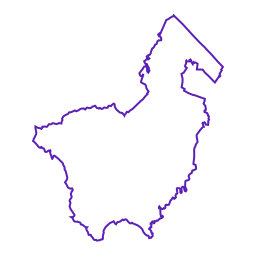 the district of Phong Dien, Thừa Thiên - Huế, Vietnam
{"feature_id": "81297802B35670860897871", "entity_name": "Phong Dien", "entity_type": "district", "adm_level": 2, "iso_a3": "VNM", "parent_name": "Vietnam", "parent_adm1": "Thừa Thiên - Huế", "projection": "equal_earth", "projection_center": [107.309, 16.544], "detail": "fine", "context": "isolated", "style": "outline", "palette": "violet", "viewbox_px": 256, "rotation_deg": 0, "n_neighbors": 0, "source": "geoboundaries", "source_scale": "gbopen_adm2", "svg_char_len": 5847}
<svg xmlns="http://www.w3.org/2000/svg" viewBox="0 0 256 256"><path d="M149.2,238.1L149.7,237.9L150.9,237.9L151.1,237.2L152.5,236.4L152.7,235.7L152.4,234.6L152.7,233.7L152.6,233.3L151.6,233.2L151.4,232.6L151.5,231.9L151.2,231.1L150.0,229.6L149.1,229.0L149.1,228.6L149.3,228.5L150.3,228.3L150.4,227.2L151.3,227.1L151.1,226.1L151.6,224.5L151.4,224.1L150.6,223.9L150.7,223.2L151.9,222.8L151.9,222.1L152.3,221.5L152.8,221.4L153.3,221.8L153.5,223.0L154.0,223.3L154.3,223.2L154.4,222.4L154.3,221.9L154.6,221.1L155.8,221.4L156.5,220.6L157.6,220.7L158.7,219.6L159.5,219.2L159.8,218.6L161.9,217.9L162.9,217.1L162.9,216.5L162.4,215.8L162.0,215.8L161.5,216.2L160.9,216.1L160.4,213.4L160.4,209.4L160.0,208.5L159.0,208.3L158.9,208.0L159.0,206.8L159.4,206.4L160.1,207.5L161.5,208.8L162.7,209.1L163.6,208.2L164.5,208.6L165.0,208.2L165.3,207.8L165.4,205.5L165.8,204.8L166.3,204.7L166.9,205.0L168.8,204.8L169.0,204.6L170.4,200.6L171.2,200.0L172.7,197.6L173.8,197.9L173.9,198.6L174.4,198.8L175.9,197.4L175.5,195.4L176.2,194.0L177.0,193.8L177.4,193.0L176.8,189.5L176.9,188.4L177.2,188.2L178.9,188.1L180.5,189.2L180.3,190.6L180.4,192.4L180.9,193.0L181.5,192.8L181.8,191.7L181.7,190.5L181.3,189.6L181.7,187.7L182.4,186.9L183.2,186.8L184.0,187.5L184.5,190.2L185.0,191.1L185.8,191.4L186.5,190.3L186.3,189.3L185.2,186.8L185.1,186.1L185.4,181.2L186.1,180.6L188.2,180.2L188.9,179.7L189.4,178.8L188.6,176.0L189.2,174.9L189.8,174.2L191.7,172.9L191.9,172.6L192.0,171.4L192.5,170.4L193.6,170.3L195.7,169.2L196.0,168.9L196.1,168.5L195.6,164.9L193.5,164.2L193.4,163.9L194.2,157.3L194.2,151.7L194.1,150.9L194.3,148.4L195.5,145.9L195.6,145.2L196.4,143.6L197.4,142.3L197.5,141.5L197.0,138.3L196.7,137.2L196.6,135.3L196.9,134.6L199.8,130.5L202.0,127.9L203.0,127.0L203.8,126.8L202.5,123.4L202.7,122.8L203.6,122.9L204.5,122.3L205.1,122.9L205.9,124.6L208.1,124.9L208.3,123.1L208.2,121.1L209.0,119.6L208.7,119.4L208.5,118.4L208.8,117.6L208.9,116.7L208.7,116.2L208.0,115.7L208.2,115.4L207.2,113.1L206.6,113.0L205.6,112.2L204.6,112.1L204.5,111.7L204.5,110.6L205.9,109.7L205.4,106.1L203.6,103.6L204.6,100.9L204.9,98.9L194.9,95.3L192.9,94.9L188.4,93.1L184.0,90.6L184.6,89.0L181.6,87.3L182.5,82.2L182.6,78.9L181.5,73.8L183.6,72.8L186.8,67.9L185.4,66.9L185.0,66.2L185.2,65.4L186.0,63.7L186.2,60.8L186.4,60.5L187.0,61.3L187.6,61.5L189.9,61.4L189.5,60.1L190.5,59.5L191.2,60.7L191.9,62.8L192.8,64.2L193.7,62.1L194.5,62.8L194.9,62.5L195.7,62.6L197.6,63.8L196.9,69.5L202.7,69.6L205.0,72.7L208.3,75.7L214.9,82.5L219.3,76.0L219.8,76.5L220.2,76.0L219.4,75.3L220.0,74.0L219.7,73.6L221.8,70.3L221.2,69.6L222.9,66.9L217.8,61.7L211.6,54.6L206.1,48.9L205.4,48.0L199.8,42.6L192.2,34.6L182.8,24.3L173.7,15.4L173.1,16.4L171.9,16.7L168.1,19.2L166.3,20.0L160.4,33.6L160.2,34.0L159.6,33.5L159.1,34.5L158.6,34.1L158.2,34.7L159.1,36.3L159.7,36.1L160.9,37.4L160.8,38.0L161.3,38.5L161.2,40.1L160.1,40.5L158.6,40.3L157.5,41.3L156.6,43.9L155.0,44.8L154.1,46.9L153.5,47.6L152.1,48.6L151.7,50.1L151.1,51.2L150.7,53.4L149.6,54.9L148.4,55.1L146.7,56.5L147.0,57.3L147.8,57.4L148.3,57.1L149.4,58.5L148.3,59.3L146.5,59.2L145.1,60.8L144.3,61.0L144.4,62.2L145.6,64.0L146.5,63.9L147.2,64.4L147.2,65.1L148.8,67.9L148.9,69.3L149.4,70.8L148.8,71.4L148.8,71.9L148.3,72.5L148.1,72.1L147.5,71.9L147.1,70.9L147.2,68.7L146.2,66.2L145.9,65.9L145.5,66.3L144.0,66.7L143.0,68.5L139.4,73.2L140.0,75.2L140.5,75.9L141.0,76.1L141.9,76.0L143.4,73.9L143.0,75.7L141.1,81.2L141.0,82.0L141.8,82.8L145.2,84.5L146.1,86.0L146.4,88.3L148.6,91.6L147.1,93.5L147.5,94.1L144.9,96.8L143.0,99.2L140.6,101.1L132.4,109.1L130.0,110.5L128.4,112.2L127.0,111.8L126.7,112.0L126.2,113.0L124.6,115.0L124.4,115.6L123.9,114.7L123.3,114.3L122.4,113.0L119.8,112.5L116.3,109.4L114.8,106.8L114.7,105.0L114.5,104.1L113.6,103.6L111.8,105.0L110.9,106.2L109.1,105.7L108.1,106.4L107.8,107.5L107.6,107.7L106.4,107.9L104.2,107.5L102.6,108.7L101.8,109.0L99.7,107.9L99.0,108.6L98.3,108.1L97.1,108.1L96.0,107.0L95.4,105.9L94.9,105.7L93.5,106.4L92.4,106.6L91.7,107.4L89.9,108.2L87.0,107.6L86.4,108.1L85.3,109.5L84.8,109.4L83.8,108.5L81.9,108.5L80.1,109.1L78.7,110.2L76.3,111.3L74.9,110.5L70.8,112.3L69.4,112.2L67.7,114.1L65.8,114.9L63.5,116.3L62.0,118.6L62.5,120.0L61.6,121.8L61.4,123.5L58.7,123.1L57.8,123.7L56.4,124.1L52.9,123.1L51.0,124.3L49.0,124.2L46.8,126.9L44.9,126.5L43.9,126.6L43.4,126.9L42.4,126.7L41.9,128.3L41.4,128.9L40.4,128.3L37.9,127.8L35.4,126.5L35.4,128.0L36.3,132.4L36.2,134.0L33.7,139.2L33.1,141.0L34.7,142.3L37.3,145.2L38.7,147.1L40.2,147.8L41.0,147.0L41.5,146.9L42.1,148.1L43.9,148.5L44.5,149.7L44.8,151.3L45.2,151.7L45.9,152.0L47.2,151.6L48.5,150.6L48.9,150.8L50.3,150.3L50.5,150.9L50.1,152.4L50.3,153.4L51.5,156.6L52.0,158.6L52.3,158.8L52.8,158.0L53.7,155.8L54.2,155.7L55.2,156.2L58.4,158.8L62.8,163.2L63.4,165.2L64.0,166.3L64.4,166.7L64.7,169.6L65.7,171.1L67.3,177.7L67.1,179.2L65.0,182.4L66.2,183.9L67.8,187.2L68.5,187.9L70.5,188.7L72.1,188.4L72.7,189.7L72.6,190.6L71.6,191.8L70.9,193.9L71.0,195.1L71.7,196.3L71.5,197.4L71.0,198.4L70.2,199.2L69.6,200.5L69.7,201.1L70.4,202.6L70.4,203.3L69.6,206.4L70.5,208.9L74.2,214.4L74.5,215.1L74.4,215.7L73.3,216.8L71.2,217.1L72.4,217.9L73.9,220.9L74.5,221.5L77.8,221.8L79.8,222.4L80.6,223.2L80.7,224.2L81.0,224.5L82.5,224.8L85.3,227.0L86.3,227.4L87.1,227.3L86.2,228.9L86.6,230.1L87.8,231.9L88.7,234.9L90.4,234.8L91.1,235.2L91.3,236.4L92.5,237.2L93.1,238.6L93.8,239.4L94.6,240.0L96.2,239.9L96.7,240.5L97.6,240.6L99.3,240.1L100.0,240.2L101.4,239.3L102.4,239.4L102.7,239.1L103.0,238.3L102.8,236.5L103.4,233.7L103.8,232.8L103.5,231.9L103.7,230.3L105.8,226.8L109.7,223.2L113.7,221.3L115.0,223.5L116.0,224.3L117.3,222.3L117.8,222.0L118.6,222.0L120.0,221.6L122.7,219.6L123.7,220.2L125.4,219.3L126.5,219.7L129.0,222.6L130.1,223.3L131.0,223.4L132.0,222.7L133.1,223.5L137.4,225.2L140.7,227.5L142.3,229.3L143.5,232.2L145.4,234.4L146.8,235.5L148.1,235.6L148.7,236.3L149.2,238.1Z" fill="none" stroke="#5b21b6" stroke-width="2"/></svg>